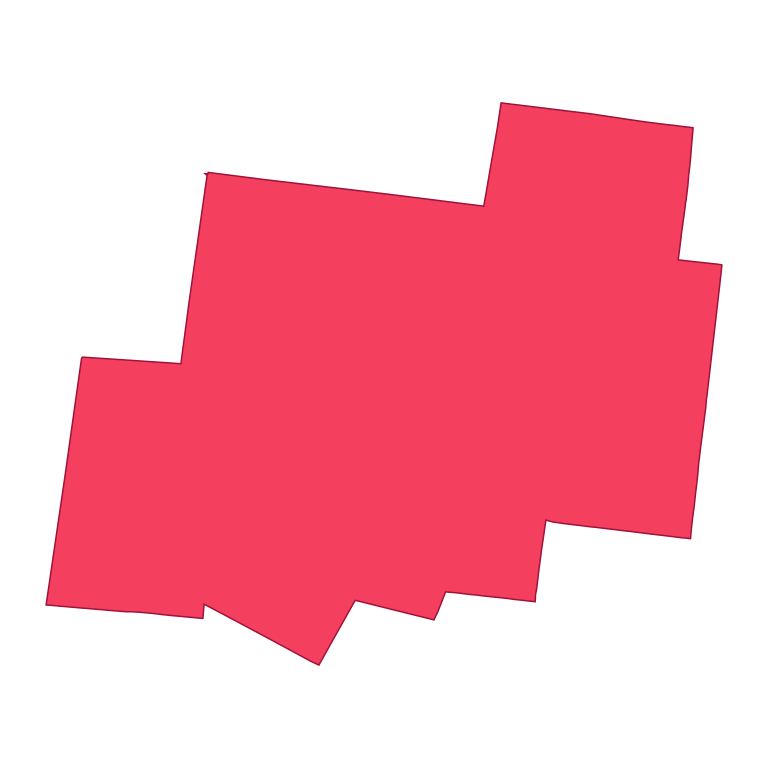 Macesu De Sus, Dolj, Romania (Equal Earth projection)
{"feature_id": "2599482B16695169082861", "entity_name": "Macesu De Sus", "entity_type": "district", "adm_level": 2, "iso_a3": "ROU", "parent_name": "Romania", "parent_adm1": "Dolj", "projection": "equal_earth", "projection_center": [23.726, 43.926], "detail": "fine", "context": "isolated", "style": "filled", "palette": "rose", "viewbox_px": 768, "rotation_deg": 0, "n_neighbors": 0, "source": "geoboundaries", "source_scale": "gbopen_adm2", "svg_char_len": 2233}
<svg xmlns="http://www.w3.org/2000/svg" viewBox="0 0 768 768"><path d="M690.5,538.7L690.6,537.9L691.1,531.4L692.4,519.7L693.4,511.9L694.0,508.0L695.4,495.1L696.0,489.6L696.3,487.7L697.3,478.6L698.0,472.1L698.8,462.1L699.4,458.0L699.7,455.1L700.5,448.5L705.8,407.4L706.4,399.2L706.9,396.4L719.9,283.6L721.9,265.0L721.6,264.8L717.8,264.2L691.8,261.4L684.8,260.6L681.5,260.2L678.2,259.9L679.6,249.2L680.3,243.3L681.1,237.4L681.4,233.8L682.8,223.9L683.4,219.9L684.2,214.0L685.3,205.7L685.5,202.9L686.1,200.3L686.4,197.1L686.8,194.4L687.7,186.8L688.0,184.1L688.4,179.1L688.6,175.8L689.4,169.2L689.8,165.8L690.6,157.8L691.2,150.3L691.6,144.9L693.0,129.4L693.0,127.7L690.7,127.4L684.4,126.7L676.0,125.6L665.4,124.4L661.1,123.9L655.7,123.2L647.7,122.2L639.8,121.1L628.0,119.4L625.6,119.0L623.2,118.7L617.4,117.8L611.5,116.9L601.3,115.4L598.7,115.0L594.2,114.3L589.3,113.6L566.6,110.9L501.1,102.9L497.4,127.5L492.0,158.5L485.8,194.6L483.7,206.2L397.7,195.4L367.3,191.7L263.6,179.5L208.2,172.4L208.0,173.8L205.1,173.7L206.5,174.9L207.1,175.2L189.2,301.1L180.9,363.7L82.4,357.1L81.5,358.6L65.2,474.6L56.0,537.4L46.1,605.0L49.2,605.2L50.9,605.3L54.1,605.6L56.5,605.8L59.2,606.1L62.4,606.4L65.5,606.6L68.4,606.9L72.1,607.2L75.8,607.5L79.0,607.8L81.9,608.1L85.4,608.3L87.9,608.5L90.8,608.8L93.0,608.9L95.5,609.2L98.1,609.4L101.0,609.6L104.0,609.9L107.3,610.2L109.6,610.4L111.5,610.6L113.2,610.7L115.7,610.9L118.4,611.1L120.9,611.4L123.5,611.5L126.3,611.8L130.5,611.7L137.4,612.1L150.6,613.2L168.8,615.3L188.4,617.1L201.5,618.3L202.9,618.3L204.1,604.2L226.3,615.9L271.4,640.0L295.3,652.9L310.8,661.3L318.9,665.1L330.6,644.1L355.2,600.3L434.0,619.9L435.0,617.6L437.6,612.3L445.6,591.9L455.3,592.7L456.0,592.8L458.5,593.0L464.4,593.8L471.3,594.6L476.3,595.0L481.4,595.7L486.9,596.3L496.3,597.3L500.7,597.7L508.5,598.6L513.2,599.3L521.6,600.2L530.7,601.2L535.2,601.7L535.4,597.9L535.6,594.2L536.7,588.7L538.7,571.5L541.6,549.4L544.0,533.4L545.9,520.1L548.5,520.8L553.8,522.2L557.9,522.7L564.1,523.6L573.2,524.7L579.3,525.4L584.8,526.1L591.1,526.9L596.4,527.4L605.3,528.5L615.0,529.6L621.7,530.5L629.1,531.3L641.8,532.9L650.6,534.0L671.8,536.5L676.6,537.1L680.3,537.6L685.9,538.1L690.5,538.7Z" fill="#f43f5e" stroke="#9f1239" stroke-width="1.5"/></svg>